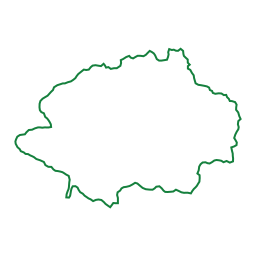 Carmo da Cachoeira, Minas Gerais, Brazil
{"feature_id": "56859067B43602016556704", "entity_name": "Carmo da Cachoeira", "entity_type": "district", "adm_level": 2, "iso_a3": "BRA", "parent_name": "Brazil", "parent_adm1": "Minas Gerais", "projection": "mercator", "projection_center": [-45.2, -21.454], "detail": "fine", "context": "isolated", "style": "outline", "palette": "green", "viewbox_px": 256, "rotation_deg": 0, "n_neighbors": 0, "source": "geoboundaries", "source_scale": "gbopen_adm2", "svg_char_len": 3097}
<svg xmlns="http://www.w3.org/2000/svg" viewBox="0 0 256 256"><path d="M209.1,87.6L206.9,86.4L204.2,85.8L201.0,85.2L198.3,84.8L195.6,83.3L194.9,80.9L194.1,78.1L193.7,75.3L191.9,72.9L190.3,69.9L187.9,68.6L187.9,66.1L189.7,64.7L187.8,62.7L187.7,59.5L185.6,57.6L183.9,55.9L183.4,53.9L183.1,50.9L180.6,48.8L178.1,50.8L175.9,50.7L173.8,49.7L171.8,50.0L169.2,49.1L168.2,52.2L168.6,54.4L168.0,57.0L167.0,59.7L164.0,60.2L161.4,60.6L159.1,60.6L156.8,59.1L155.1,55.3L153.8,53.4L151.8,52.0L149.7,50.9L147.4,53.2L145.9,54.8L143.5,56.2L140.3,55.8L137.6,55.8L135.4,57.0L133.1,58.4L130.7,57.6L129.2,55.9L126.3,57.0L123.0,59.1L120.8,60.1L121.1,63.0L120.4,65.8L116.8,68.2L114.0,68.2L110.8,68.9L108.4,67.1L106.1,67.6L104.9,65.4L103.6,63.8L101.0,66.1L98.4,65.7L95.5,65.2L92.6,65.6L90.7,67.2L88.8,69.6L86.2,70.0L83.8,69.6L81.3,71.6L78.2,74.1L76.5,76.3L75.4,78.1L73.3,79.8L70.9,81.4L67.9,82.2L64.9,83.4L62.8,83.4L60.4,84.2L57.3,85.2L54.0,87.3L53.0,90.0L51.1,91.8L49.3,93.8L47.6,95.7L45.2,97.1L42.6,98.7L40.4,101.0L39.6,103.8L39.5,107.3L39.9,110.2L41.3,112.1L43.9,113.3L45.2,116.9L47.2,118.5L48.6,120.4L49.8,122.3L50.8,124.3L51.1,127.0L48.3,127.5L44.7,127.4L42.3,127.7L40.0,127.4L38.0,127.4L34.8,128.4L32.1,129.7L28.8,130.0L26.4,132.3L24.9,134.3L22.7,134.6L19.9,135.0L17.3,136.7L16.0,139.5L15.4,141.5L15.7,143.8L17.5,147.2L19.7,149.1L20.8,151.2L23.8,152.4L25.5,153.9L28.1,154.1L30.2,155.4L32.1,156.2L33.9,157.1L36.3,159.0L40.2,160.3L43.9,162.0L45.4,165.1L48.3,166.8L51.4,166.9L53.4,169.4L55.4,170.8L58.0,171.1L60.4,171.6L62.5,172.2L64.3,173.3L66.2,174.6L68.7,175.9L69.7,179.8L69.3,182.1L69.1,184.5L68.9,187.3L68.5,189.3L67.6,191.3L66.6,194.3L66.3,197.4L69.0,197.6L70.1,195.8L70.5,193.7L70.9,191.2L71.5,188.6L72.7,186.3L75.5,186.2L77.6,187.6L78.6,189.8L80.2,192.2L82.8,193.7L84.6,195.7L86.7,197.1L88.5,198.4L90.6,199.3L93.1,201.1L95.9,199.9L98.4,199.5L101.4,200.0L103.9,202.1L105.5,203.9L108.0,205.7L110.2,207.2L112.0,204.8L113.3,203.0L115.4,203.2L117.9,203.2L117.9,200.9L117.9,197.9L117.1,195.0L117.6,192.3L120.1,190.6L121.5,188.4L123.6,187.2L126.4,186.8L129.6,186.0L132.6,184.4L135.1,182.8L137.4,183.5L139.7,185.5L142.6,187.9L145.7,189.2L149.3,189.6L152.6,189.7L154.6,188.4L156.3,186.7L159.4,186.3L161.7,188.3L163.6,190.7L165.2,191.9L167.5,192.0L170.2,191.8L173.3,191.5L175.9,189.7L178.8,191.0L181.4,192.3L183.9,192.8L187.6,192.7L190.9,193.4L192.3,191.0L193.8,189.0L195.5,187.4L196.9,185.8L198.0,183.9L199.4,181.7L199.7,178.1L199.6,175.2L197.4,173.5L198.7,170.3L199.2,166.6L200.6,164.2L202.6,162.5L205.5,162.3L207.6,163.2L209.6,163.5L212.1,162.1L214.3,160.5L216.5,160.0L219.1,160.3L221.4,160.8L223.5,162.2L226.6,161.0L229.8,162.6L233.0,161.4L233.1,158.5L232.8,156.0L232.7,153.5L232.0,150.8L231.3,147.4L234.0,146.5L236.5,145.1L236.8,142.5L235.6,140.3L234.2,138.0L235.3,134.6L236.8,131.6L238.3,129.3L238.7,127.1L237.9,124.3L238.3,121.1L240.6,119.0L239.3,116.2L238.2,112.4L236.1,109.8L236.2,107.3L236.6,104.7L235.1,102.1L231.9,101.1L229.8,101.0L228.8,98.8L227.1,97.2L226.2,94.9L223.8,95.1L221.5,93.5L218.7,93.3L215.3,93.8L212.8,92.9L212.1,91.0L209.9,90.0L209.1,87.6Z" fill="none" stroke="#15803d" stroke-width="2"/></svg>